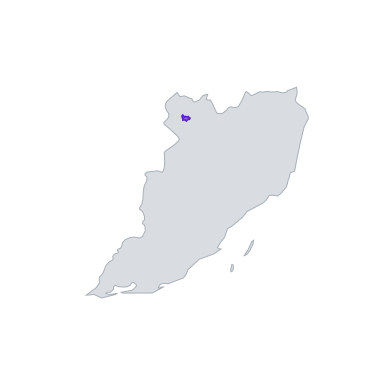 Orocuina, Choluteca, Honduras (highlighted), rotated 141°
{"feature_id": "27666195B30737546448878", "entity_name": "Orocuina", "entity_type": "district", "adm_level": 2, "iso_a3": "HND", "parent_name": "Honduras", "parent_adm1": "Choluteca", "projection": "orthographic", "projection_center": [-87.128, 13.486], "detail": "fine", "context": "in_parent", "style": "filled", "palette": "violet", "viewbox_px": 384, "rotation_deg": 141, "n_neighbors": 0, "source": "geoboundaries", "source_scale": "gbopen_adm2", "svg_char_len": 3570}
<svg xmlns="http://www.w3.org/2000/svg" viewBox="0 0 384 384"><g transform="rotate(141 192 192)"><path d="M339.1,178.4L326.9,177.9L321.2,179.5L318.8,182.9L316.6,184.5L314.8,184.2L311.2,185.6L305.7,188.7L300.7,189.9L296.3,189.2L295.0,190.0L294.7,191.0L294.0,191.9L292.3,192.5L290.3,192.2L288.1,191.2L286.9,191.7L286.8,193.6L285.6,194.2L283.4,193.3L280.8,194.0L278.0,196.4L274.0,197.0L268.9,195.6L264.9,193.1L262.0,189.4L258.6,188.5L252.7,191.3L250.3,194.6L249.8,196.6L250.4,198.4L249.3,199.7L246.5,200.3L244.5,202.5L243.1,206.4L242.8,209.4L243.7,211.5L242.3,213.0L238.7,214.0L234.5,217.4L229.6,223.1L224.8,227.1L219.9,229.3L217.6,231.8L217.8,234.6L217.5,235.4L216.5,235.8L215.0,236.1L205.5,230.2L202.8,226.1L200.5,226.8L197.6,228.9L193.4,233.5L189.0,239.9L186.9,240.6L175.7,239.7L169.9,240.3L168.6,241.1L168.1,243.5L168.4,246.6L170.1,257.8L171.0,262.4L170.1,263.8L167.1,264.0L163.2,264.7L161.1,266.8L160.6,269.0L160.4,272.0L159.1,275.1L156.7,277.4L154.3,278.2L141.0,278.8L141.3,273.6L137.4,271.5L135.3,267.2L133.4,264.3L134.0,262.5L133.8,260.4L128.4,258.8L123.3,260.1L120.4,259.2L118.3,258.1L122.0,255.6L122.2,254.0L121.1,252.9L119.9,252.1L120.2,249.2L121.0,245.8L123.1,237.8L122.3,236.5L118.9,234.0L114.7,233.8L109.9,234.5L107.7,233.3L105.7,230.5L102.3,229.2L96.4,231.4L90.0,234.6L88.1,235.8L86.5,235.7L85.8,233.2L85.5,230.3L85.1,229.5L81.8,228.5L77.8,227.7L75.9,226.9L74.0,224.9L69.3,222.3L68.2,220.4L62.0,215.9L60.8,213.8L59.3,212.2L56.3,210.1L54.0,210.6L46.1,208.0L44.9,207.8L46.0,205.6L48.5,202.2L54.0,198.5L54.5,195.4L53.1,189.6L51.7,185.8L52.5,184.1L54.3,177.3L55.6,175.7L63.5,172.3L64.2,171.8L70.5,167.0L77.4,161.7L84.6,155.8L92.6,149.2L97.0,145.4L99.1,143.7L103.7,145.1L107.3,142.0L109.4,141.0L114.3,137.2L115.8,136.4L124.0,134.9L127.9,135.0L131.4,138.8L134.1,140.8L139.3,139.1L143.6,138.7L161.5,142.2L168.6,140.6L181.6,140.3L187.5,141.1L195.7,136.1L201.1,135.1L207.3,132.7L206.4,130.3L204.9,129.3L214.5,130.3L228.7,135.2L243.7,134.2L249.2,131.4L252.7,130.6L268.2,135.7L272.3,139.6L275.5,140.0L277.9,139.1L278.6,138.2L275.5,137.4L274.1,136.2L286.4,138.5L309.6,157.1L310.1,158.6L300.2,153.2L295.0,153.7L293.7,154.6L294.0,157.6L294.5,159.1L296.7,159.2L298.4,158.4L302.4,159.3L305.1,161.3L308.4,164.4L310.4,167.7L312.5,167.7L314.6,165.7L318.5,165.4L321.1,167.6L322.8,167.4L320.3,164.0L314.3,160.5L315.7,160.4L328.9,166.5L332.8,174.3L335.9,176.1L339.1,178.4ZM184.4,112.0L176.9,115.8L174.5,115.7L177.9,112.8L183.5,110.2L188.2,109.0L192.1,109.5L184.4,112.0ZM210.2,107.8L206.6,110.6L206.0,109.4L207.7,106.7L209.9,105.2L211.9,105.4L211.5,106.5L210.2,107.8Z" fill="#d9dde1" stroke="#a8b0b8" stroke-width="1"/><path d="M151.8,257.7L151.7,257.7L151.7,257.4L151.8,257.3L152.0,257.3L152.0,257.2L152.1,256.9L152.1,256.7L152.3,256.7L152.4,256.4L152.5,256.2L152.8,256.1L152.9,255.9L152.8,255.7L152.7,255.6L152.7,255.4L152.8,255.4L152.8,255.2L152.9,254.9L152.9,254.7L153.0,254.7L153.9,253.6L153.3,253.2L153.2,253.2L152.9,253.0L152.7,252.9L152.4,252.8L152.2,252.7L152.0,252.4L152.1,252.2L152.1,251.9L151.9,251.8L151.9,251.7L151.8,251.4L151.8,251.2L151.8,250.9L151.8,250.7L151.7,250.7L151.4,250.7L151.3,250.8L151.2,250.8L150.9,250.8L150.7,250.9L150.4,250.9L150.2,250.9L149.9,250.7L149.7,250.7L149.4,250.7L149.4,250.8L149.2,250.9L148.9,250.7L148.7,250.4L148.5,250.2L148.4,250.2L148.2,250.1L147.9,250.2L147.8,250.3L147.7,250.3L147.0,250.6L147.8,252.3L147.0,253.0L146.8,253.0L148.2,253.2L148.3,253.2L149.5,254.8L150.8,254.9L150.9,255.0L150.8,255.3L150.7,255.4L150.5,255.5L150.4,255.5L150.7,256.5L150.7,257.7L151.8,257.7Z" fill="#8b5cf6" stroke="#5b21b6" stroke-width="1.5"/></g></svg>